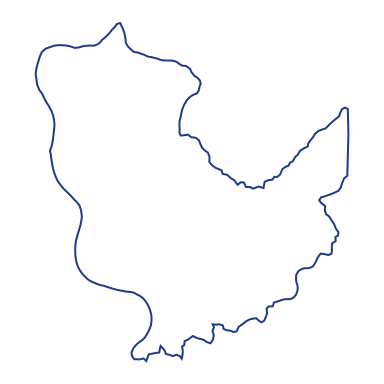 Ponto Chique, Minas Gerais, Brazil
{"feature_id": "56859067B60283118816321", "entity_name": "Ponto Chique", "entity_type": "district", "adm_level": 2, "iso_a3": "BRA", "parent_name": "Brazil", "parent_adm1": "Minas Gerais", "projection": "robinson", "projection_center": [-44.962, -16.605], "detail": "fine", "context": "isolated", "style": "outline", "palette": "blue", "viewbox_px": 384, "rotation_deg": 0, "n_neighbors": 0, "source": "geoboundaries", "source_scale": "gbopen_adm2", "svg_char_len": 3829}
<svg xmlns="http://www.w3.org/2000/svg" viewBox="0 0 384 384"><path d="M134.1,359.2L139.5,359.4L143.7,358.5L146.3,361.0L148.7,354.4L152.9,353.5L156.4,352.9L159.3,352.5L159.8,348.9L160.6,345.9L164.4,350.1L166.0,354.0L169.4,354.8L173.0,356.1L176.5,354.7L179.9,356.3L181.7,358.7L182.5,355.2L182.8,350.7L182.0,346.7L184.3,345.0L184.6,341.2L188.2,339.5L192.9,336.0L196.8,338.0L200.5,339.0L203.4,339.7L206.7,342.0L210.5,343.3L213.1,339.5L213.7,334.8L212.5,330.6L214.0,327.6L212.7,324.3L216.0,324.7L219.2,324.3L222.8,325.4L223.7,329.0L227.1,330.3L230.4,330.7L233.8,332.1L236.8,331.2L238.6,326.9L242.8,323.9L246.3,321.2L249.6,319.4L253.3,318.6L256.2,318.2L258.4,320.3L261.4,322.4L264.2,320.7L265.8,317.0L267.2,312.9L266.5,308.9L268.5,306.5L272.9,306.2L273.8,302.6L277.8,301.4L281.9,299.9L284.8,299.3L287.6,299.1L290.4,299.1L293.2,297.9L296.0,294.8L297.7,289.9L297.6,286.0L296.4,282.2L296.0,278.2L296.3,274.7L298.5,271.0L301.3,269.3L304.4,268.2L309.0,268.2L312.7,266.6L314.8,263.7L316.2,260.9L317.9,257.1L320.6,253.6L324.3,254.1L328.5,255.0L331.3,253.9L332.0,250.6L331.8,246.9L332.2,243.2L335.7,241.1L335.4,237.1L338.0,235.5L338.4,232.1L335.9,228.6L334.2,224.4L331.5,220.2L328.7,216.0L326.1,214.3L324.8,210.3L325.2,206.1L321.1,202.9L319.2,200.1L321.1,197.3L324.8,196.3L329.0,194.9L333.1,193.3L335.7,192.1L338.4,190.8L340.7,187.7L342.4,182.5L344.1,178.3L347.3,175.9L348.4,134.5L347.8,109.0L345.0,107.6L342.1,109.1L340.4,112.5L339.1,116.3L336.5,118.4L333.4,120.9L330.4,123.6L327.7,126.3L325.4,128.5L321.9,129.6L318.4,131.0L315.0,133.8L313.0,137.3L310.6,140.2L308.3,143.4L307.7,146.5L303.6,148.5L299.9,150.9L297.9,154.6L295.0,157.2L292.9,161.2L290.0,162.7L288.5,165.7L285.6,166.8L282.4,169.1L280.2,174.4L277.4,176.9L274.3,176.8L272.3,179.7L268.1,180.2L264.6,181.9L263.5,188.1L258.6,186.5L253.0,188.7L250.2,187.0L246.0,187.0L243.9,182.5L240.7,182.3L237.6,184.8L234.5,180.4L231.0,178.3L227.2,174.8L222.7,173.9L221.5,170.2L218.9,169.2L215.1,167.6L211.4,164.6L209.3,161.7L209.6,157.2L207.9,152.6L204.9,150.5L202.1,147.8L200.3,144.0L198.9,140.2L195.8,137.8L191.3,137.2L187.8,134.6L183.5,135.3L180.6,135.5L179.4,132.4L179.7,129.2L179.4,125.0L179.7,120.5L180.8,116.3L181.4,113.0L182.2,109.5L184.1,104.8L186.6,100.6L188.7,98.1L191.4,95.9L194.4,94.3L197.1,93.3L198.9,90.1L199.5,86.7L200.7,83.7L199.9,80.5L197.7,78.0L194.2,75.6L191.4,72.1L190.2,69.0L186.1,66.0L182.1,65.6L179.6,64.1L176.8,62.0L172.7,60.6L169.8,60.5L165.9,60.5L162.9,60.4L160.2,59.7L156.7,58.5L152.3,57.3L147.7,56.5L144.2,54.8L140.7,53.6L137.5,52.4L134.0,52.0L130.9,49.4L127.9,46.4L125.9,43.1L125.4,38.2L124.4,32.8L122.6,28.1L120.1,23.0L116.8,24.1L114.7,27.1L111.8,30.0L109.7,32.8L107.5,35.1L105.2,37.4L102.4,39.6L100.1,42.4L97.6,44.3L94.4,45.6L88.6,45.6L83.4,46.1L78.5,47.5L74.8,47.9L70.1,46.3L65.5,45.4L61.0,45.2L58.0,45.1L53.9,45.8L51.0,46.8L45.8,48.6L41.9,52.0L39.8,56.6L38.9,59.7L37.6,63.7L36.4,68.5L35.6,74.1L36.4,79.0L37.1,84.5L39.4,90.1L42.0,93.4L44.3,98.3L46.5,102.5L48.7,105.8L51.6,111.2L53.2,115.8L54.1,120.1L54.5,124.8L54.1,129.1L53.6,134.1L52.8,140.2L51.8,145.8L49.9,150.7L50.8,154.4L51.3,158.7L52.0,163.1L53.1,168.7L54.3,173.0L55.7,176.8L57.6,180.9L60.1,184.4L63.3,188.4L65.7,190.8L68.5,193.4L70.9,195.9L73.6,198.9L77.1,202.5L79.5,205.5L81.0,210.2L81.9,216.4L81.3,220.8L80.6,224.6L79.4,228.7L78.3,232.4L77.1,236.5L76.1,240.1L75.5,244.0L75.2,248.9L75.3,254.5L75.7,258.4L76.6,262.8L78.3,267.5L80.1,270.7L82.2,273.7L85.1,276.8L87.9,279.4L90.8,281.2L94.9,283.1L99.1,284.7L103.0,285.6L106.9,286.8L112.1,288.5L116.1,289.6L119.2,290.3L122.6,290.9L125.9,291.6L131.0,292.0L134.1,292.8L137.1,294.5L140.1,296.0L143.1,298.3L146.2,302.1L147.9,305.0L149.8,309.3L151.1,313.8L151.5,317.0L151.5,321.3L150.9,325.3L149.2,329.9L147.2,333.7L145.0,337.4L141.7,340.5L138.4,342.8L135.4,345.6L133.2,348.6L131.6,352.3L131.9,355.7L134.1,359.2Z" fill="none" stroke="#1e3a8a" stroke-width="2"/></svg>